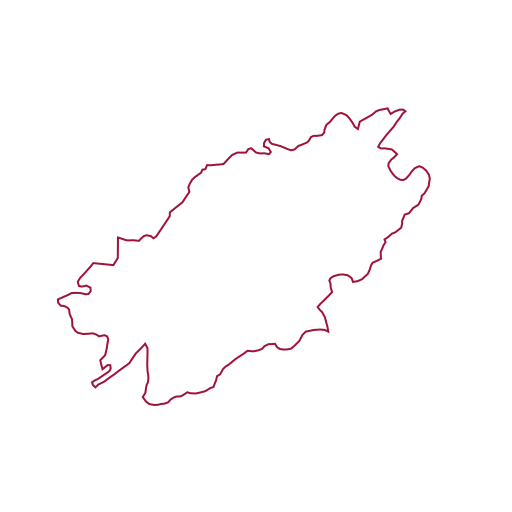 the district of Presidente Dutra, Maranhão, Brazil, rotated 229°
{"feature_id": "56859067B14161249303413", "entity_name": "Presidente Dutra", "entity_type": "district", "adm_level": 2, "iso_a3": "BRA", "parent_name": "Brazil", "parent_adm1": "Maranhão", "projection": "natural_earth1", "projection_center": [-44.458, -5.289], "detail": "fine", "context": "isolated", "style": "outline", "palette": "rose", "viewbox_px": 512, "rotation_deg": 229, "n_neighbors": 0, "source": "geoboundaries", "source_scale": "gbopen_adm2", "svg_char_len": 3721}
<svg xmlns="http://www.w3.org/2000/svg" viewBox="0 0 512 512"><g transform="rotate(229 256 256)"><path d="M233.8,94.1L231.6,91.6L230.4,88.8L228.3,86.1L225.4,82.9L223.8,78.0L218.4,77.5L214.3,78.3L210.2,81.6L207.9,84.6L206.7,87.2L204.9,89.5L203.2,93.5L203.7,97.7L203.2,100.8L202.3,103.5L199.4,107.2L198.8,110.2L198.2,114.8L195.6,116.3L191.8,120.3L189.8,123.9L187.2,129.1L186.3,135.0L185.0,137.9L186.9,141.4L188.1,143.9L190.9,147.8L190.2,151.2L192.3,156.9L192.5,160.4L192.0,163.5L191.8,168.3L191.7,173.0L190.9,178.8L190.3,183.1L190.1,187.3L185.9,191.3L183.7,195.0L181.9,199.5L182.4,203.3L181.2,207.7L179.3,209.9L177.3,212.7L173.1,212.1L170.0,213.1L167.4,215.3L164.8,218.6L163.1,221.6L163.0,225.4L163.4,232.7L165.9,239.1L166.3,243.9L162.2,251.2L158.4,256.2L155.1,259.4L151.5,260.9L155.0,263.1L164.5,267.8L170.3,269.1L173.2,268.8L177.0,269.0L177.6,272.8L178.3,284.4L178.8,289.7L183.5,291.9L186.1,294.0L189.4,295.3L190.4,297.9L189.7,301.7L187.5,306.3L185.3,309.2L181.5,312.5L176.7,313.7L172.8,312.2L170.4,316.1L168.9,320.8L169.2,328.9L171.4,333.4L173.6,336.9L174.4,339.7L173.2,343.5L171.9,348.5L175.3,351.1L177.3,352.8L178.5,355.5L180.5,359.5L181.4,362.8L184.2,363.9L183.6,367.9L183.7,373.2L182.5,376.6L182.1,384.2L184.5,387.5L186.7,389.4L188.2,392.5L189.7,395.3L187.9,399.5L189.1,405.9L188.2,412.5L190.6,418.2L192.7,420.6L192.8,424.5L195.5,432.3L197.4,434.3L200.3,437.9L203.9,439.8L208.6,440.5L213.3,439.8L216.7,438.1L218.1,433.5L217.6,428.7L216.6,425.1L216.0,419.8L216.8,416.8L219.3,414.7L222.4,413.5L225.1,413.1L228.4,413.1L232.2,413.5L234.7,414.2L237.1,414.8L239.0,417.0L240.0,421.1L239.9,425.9L240.3,429.3L243.2,429.0L247.3,428.4L250.3,425.9L252.9,423.7L255.1,420.9L258.2,419.8L259.6,423.4L260.6,428.3L261.7,433.4L262.1,436.4L263.2,444.3L264.9,450.5L265.7,454.8L267.2,459.8L267.2,463.7L269.9,463.1L272.3,460.3L274.1,455.3L274.9,450.8L278.1,451.4L281.1,452.2L282.7,449.2L285.1,445.2L286.4,441.5L286.5,436.0L289.3,422.5L285.0,416.2L288.9,415.3L292.7,416.2L298.2,416.8L302.4,416.8L305.6,415.5L308.0,414.2L309.5,411.2L309.9,407.9L309.4,404.1L308.7,399.8L308.8,395.1L306.4,390.6L304.4,388.4L303.9,385.1L306.6,380.9L308.9,378.3L309.7,375.4L308.4,371.9L308.2,369.0L309.9,363.7L311.3,360.1L311.1,355.0L312.9,351.7L316.0,350.0L322.7,346.7L326.4,344.2L330.3,341.5L333.2,341.2L335.7,342.5L337.2,339.8L336.1,336.4L333.6,333.9L329.0,336.2L324.8,335.4L324.3,332.6L327.7,330.0L331.0,326.1L334.1,323.9L340.5,323.1L341.7,320.2L340.6,316.3L343.2,313.3L346.3,309.7L347.9,304.3L347.3,296.8L346.7,291.8L348.9,288.6L351.3,285.5L353.9,281.7L356.7,278.6L354.7,274.8L356.3,272.2L354.9,269.1L355.6,262.4L355.5,257.9L354.0,253.6L352.3,250.0L348.1,247.8L347.0,243.6L344.8,235.7L345.5,219.7L342.6,217.0L337.2,197.2L336.2,193.2L336.7,190.2L340.0,189.7L343.4,187.1L344.6,184.5L344.6,180.6L344.2,177.7L348.8,173.3L351.0,170.5L352.9,168.5L360.5,164.0L345.1,150.3L342.7,142.4L357.4,128.5L356.6,124.4L355.5,115.8L354.8,108.8L353.5,104.6L349.6,102.7L347.3,104.3L345.0,108.5L340.8,110.3L338.0,108.3L337.2,104.6L338.8,102.4L342.7,99.6L345.6,96.7L349.0,92.6L350.0,88.2L351.0,85.2L353.2,78.0L350.5,76.0L346.6,76.1L343.9,78.5L341.0,79.7L338.4,79.9L334.7,77.5L332.1,76.5L329.3,75.8L326.5,73.8L323.4,71.3L317.8,70.5L314.8,71.3L310.6,74.3L307.5,78.2L304.7,82.1L301.6,83.9L298.3,84.9L295.7,89.6L293.1,90.9L290.1,89.9L287.0,86.0L284.6,83.3L280.1,77.1L279.5,70.1L276.1,68.2L271.3,65.9L271.0,72.5L269.1,74.4L266.3,72.4L265.3,69.6L265.8,65.1L266.5,59.6L266.9,55.9L267.9,52.7L268.3,49.5L265.6,48.3L262.2,48.6L262.4,52.7L260.8,58.9L260.5,62.9L260.1,67.7L259.7,70.7L259.3,77.8L258.7,84.0L258.2,90.1L259.3,93.8L261.3,101.2L261.8,108.9L262.5,114.8L257.6,113.6L255.3,111.7L245.1,102.4L240.1,98.5L236.8,96.5L233.8,94.1Z" fill="none" stroke="#9f1239" stroke-width="2"/></g></svg>